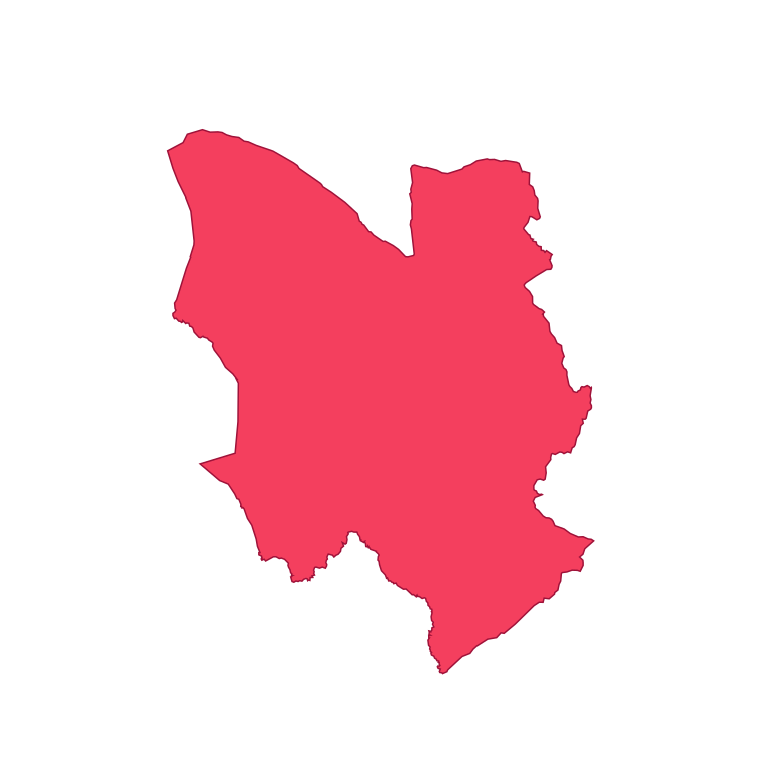 Poso, Sulawesi Tengah, Indonesia (Robinson projection), rotated 164°
{"feature_id": "22746128B71918225941207", "entity_name": "Poso", "entity_type": "district", "adm_level": 2, "iso_a3": "IDN", "parent_name": "Indonesia", "parent_adm1": "Sulawesi Tengah", "projection": "robinson", "projection_center": [120.54, -1.674], "detail": "fine", "context": "isolated", "style": "filled", "palette": "rose", "viewbox_px": 768, "rotation_deg": 164, "n_neighbors": 0, "source": "geoboundaries", "source_scale": "gbopen_adm2", "svg_char_len": 6158}
<svg xmlns="http://www.w3.org/2000/svg" viewBox="0 0 768 768"><g transform="rotate(164 384 384)"><path d="M527.7,667.8L527.4,649.5L526.1,635.3L522.9,617.5L523.3,618.1L522.0,603.3L527.1,573.8L528.4,570.1L535.2,559.7L534.9,559.1L542.0,549.8L560.1,522.1L563.0,519.5L564.0,514.1L563.6,512.3L565.3,510.8L567.4,510.1L568.0,507.9L567.4,504.6L565.6,504.5L564.0,501.1L562.3,500.2L561.7,499.0L560.6,499.2L559.9,500.5L557.9,496.8L556.8,497.1L554.8,496.1L554.8,493.2L553.2,492.3L552.2,490.3L552.2,486.3L549.0,479.9L547.6,479.1L544.8,479.8L544.4,478.9L541.1,476.7L540.3,474.6L537.7,471.7L537.1,470.3L538.4,467.6L537.8,463.2L534.2,454.1L531.8,443.7L526.5,435.4L524.1,429.3L524.7,429.6L523.8,424.9L534.8,387.9L546.2,358.5L582.8,357.9L568.6,336.5L561.3,330.7L557.8,319.5L557.0,314.4L555.3,313.2L554.7,307.8L555.5,305.7L554.7,305.4L554.7,303.9L553.5,303.9L552.9,302.5L552.3,292.4L550.0,284.7L549.6,270.2L550.4,262.8L549.7,256.2L550.8,256.4L551.4,254.3L549.2,252.4L549.2,250.7L549.7,250.4L549.2,249.1L550.2,249.3L550.0,248.3L547.5,248.6L546.6,246.5L537.9,248.4L535.4,247.7L532.8,245.1L530.7,245.0L527.9,242.9L525.3,238.1L526.3,236.2L526.3,234.3L525.6,231.5L525.8,228.3L525.0,227.0L525.5,225.6L525.0,225.3L525.7,225.3L525.8,224.4L526.9,224.3L526.9,219.5L525.3,218.3L523.0,218.9L521.0,217.8L519.3,218.2L517.2,217.1L515.1,218.4L512.7,218.6L511.6,218.0L511.6,216.0L510.6,216.4L509.4,215.6L508.4,218.3L505.8,217.7L506.2,219.4L503.5,219.5L503.8,221.4L502.9,222.7L503.0,224.5L501.3,226.8L499.9,226.8L496.8,224.8L493.8,225.0L491.2,223.1L489.4,224.9L488.8,226.4L489.2,228.3L488.0,230.5L486.7,231.3L486.7,233.4L484.5,235.9L480.8,233.7L479.9,231.5L477.4,232.7L475.1,233.0L472.0,235.1L470.7,237.9L467.6,239.3L467.8,243.1L465.6,240.8L464.2,241.3L462.5,244.6L462.1,247.7L459.7,249.8L459.8,251.2L459.3,251.5L455.7,251.3L453.9,250.0L450.9,249.1L450.8,246.9L449.7,244.0L450.0,240.9L449.4,240.6L449.9,239.9L447.2,237.2L446.9,237.3L446.3,238.2L446.0,238.2L446.5,237.6L445.9,235.8L446.4,232.8L444.7,231.9L444.6,232.7L444.4,232.9L444.3,231.3L443.3,231.7L443.6,230.7L442.8,230.6L442.2,228.7L437.4,225.3L437.7,224.9L436.2,222.3L435.8,220.9L437.0,219.7L438.3,216.4L437.6,214.9L438.1,211.4L437.9,205.2L435.3,200.2L435.0,196.9L434.4,196.8L434.9,196.3L433.7,195.3L433.8,193.4L431.9,192.9L431.0,191.2L429.7,190.5L429.7,189.4L427.2,189.2L426.6,186.6L421.9,181.4L419.2,180.8L415.0,173.6L413.8,173.5L411.9,171.0L410.9,171.7L411.2,170.7L410.3,171.1L410.4,170.6L408.6,169.9L406.5,167.3L404.1,167.4L403.1,166.4L403.2,163.4L402.2,161.6L402.7,159.0L401.6,157.5L401.5,155.1L400.2,154.3L400.5,152.7L401.3,152.1L400.0,152.8L401.2,152.1L400.9,150.8L402.9,147.3L403.4,143.5L402.3,141.3L403.6,139.8L403.1,136.7L405.2,136.4L405.9,134.2L407.1,133.3L408.9,134.3L408.9,133.2L408.4,133.4L407.9,133.4L407.7,133.2L407.6,132.9L408.9,133.1L409.8,130.8L408.8,129.8L410.3,130.1L411.0,127.3L410.6,127.2L412.4,125.7L413.2,120.6L412.2,118.4L413.2,116.7L412.8,115.5L413.2,114.3L412.3,112.9L413.1,112.4L413.1,110.4L411.1,108.6L411.0,106.6L409.6,105.0L409.5,103.5L407.9,102.6L408.6,101.6L407.7,101.1L408.2,99.6L407.9,98.0L408.8,97.6L409.9,98.1L410.7,97.5L410.4,95.7L408.5,94.5L410.1,92.4L409.9,91.3L408.0,90.4L407.6,89.5L402.9,90.1L401.6,91.7L384.1,100.6L375.8,101.4L371.5,104.7L367.0,106.9L366.5,106.5L354.5,110.1L345.5,109.1L340.0,112.5L337.1,111.2L324.0,117.0L300.7,129.6L294.9,131.4L291.2,130.3L289.1,134.0L284.4,132.0L278.0,135.0L277.3,136.5L273.6,138.0L270.9,143.2L268.5,145.8L265.7,153.0L264.6,153.6L259.9,152.9L254.5,153.2L249.5,151.6L247.0,149.9L242.6,154.7L241.8,157.5L241.4,159.8L243.7,163.8L239.7,165.5L236.4,170.3L225.7,175.4L227.6,177.6L230.5,178.8L234.7,182.3L239.4,183.4L246.2,189.0L250.8,195.0L258.7,200.7L259.3,205.5L260.2,207.8L262.2,209.7L265.2,210.8L267.4,213.3L270.3,219.8L272.5,222.4L272.8,223.9L272.0,225.7L272.8,230.2L270.0,233.3L262.3,234.0L262.8,234.6L265.0,234.9L266.7,236.6L267.0,239.1L268.7,240.5L268.9,241.5L268.0,245.0L263.1,249.7L260.1,249.6L257.0,247.5L255.3,248.1L252.6,253.8L251.5,259.9L244.5,265.3L244.0,267.5L242.3,270.5L241.1,270.7L238.8,269.1L233.7,270.2L231.6,269.2L230.2,267.5L226.2,268.2L223.6,266.4L220.7,270.8L218.5,271.4L217.0,272.9L213.7,279.1L209.8,282.5L206.4,289.7L203.3,291.3L203.0,295.5L200.3,294.7L199.1,295.4L195.6,301.8L192.3,302.8L191.2,303.9L190.6,306.0L191.1,308.9L189.4,312.0L189.1,315.9L185.7,323.1L185.7,323.6L186.8,323.0L187.5,324.9L189.1,326.5L192.5,325.9L194.5,326.9L195.7,326.3L196.9,324.2L199.5,323.7L200.4,322.8L201.7,323.0L204.0,324.6L204.7,328.0L206.1,330.5L206.5,332.5L205.8,342.0L204.8,345.2L205.1,347.7L206.8,349.9L207.4,354.9L204.7,359.5L203.2,360.7L203.6,367.1L202.8,372.0L206.4,375.6L207.2,381.6L209.3,386.0L210.0,388.9L208.6,397.0L212.0,405.1L211.7,407.0L212.2,407.4L209.9,408.9L211.9,412.2L214.1,413.7L218.4,419.3L218.8,420.9L217.1,427.1L218.6,432.9L221.7,437.8L222.0,439.8L221.7,440.8L219.5,442.2L207.9,446.0L196.1,449.2L192.0,448.3L190.5,449.7L189.8,451.4L190.5,457.8L189.7,457.9L188.2,460.8L186.6,462.1L191.0,467.4L192.9,466.2L193.7,468.3L195.9,469.1L195.1,472.7L197.2,473.7L198.8,476.1L198.5,478.5L201.4,480.3L201.5,481.5L200.6,482.0L202.7,483.4L202.7,487.0L203.8,487.7L206.9,494.7L206.2,495.9L201.0,499.7L197.6,504.8L195.8,504.1L191.8,499.7L188.8,500.3L187.7,501.6L187.8,510.5L185.4,517.6L185.2,520.1L186.9,524.1L186.3,528.5L186.7,532.5L189.3,535.8L185.8,546.6L191.1,549.9L192.5,549.8L193.2,558.7L195.2,560.5L205.5,565.3L210.2,565.8L215.8,569.4L220.7,570.6L222.7,571.9L233.9,572.9L240.5,571.0L247.2,570.7L249.9,569.1L264.8,568.7L270.2,571.0L274.4,575.0L283.4,580.4L286.2,581.0L294.4,586.1L296.6,586.0L298.9,583.6L301.0,569.7L304.5,563.9L305.0,560.7L306.8,559.7L307.2,549.6L309.1,544.4L311.5,534.7L313.0,533.7L314.8,529.7L314.9,525.5L319.1,500.6L320.1,499.4L325.9,499.6L328.2,500.5L332.9,509.4L336.9,514.5L343.4,520.9L345.6,521.3L352.7,529.9L354.5,533.7L356.8,534.7L359.7,542.4L361.0,543.5L361.5,545.8L362.9,547.4L362.9,555.1L371.6,569.4L381.8,582.8L388.6,590.6L389.1,592.9L390.2,594.8L406.3,614.6L407.2,617.9L410.1,621.5L426.6,638.5L441.1,648.6L447.8,654.2L451.6,656.0L455.6,661.0L461.9,663.8L466.7,666.9L470.3,670.4L474.1,672.1L481.7,674.0L488.4,678.5L504.2,678.3L510.6,671.4L527.7,667.8Z" fill="#f43f5e" stroke="#9f1239" stroke-width="1.5"/></g></svg>